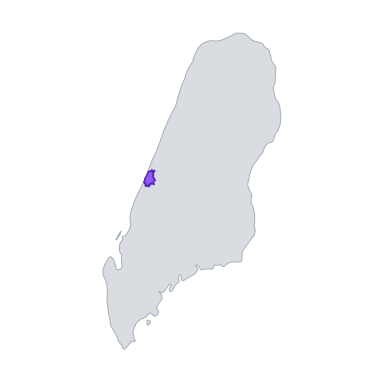 Vatomandry, Atsinanana, Madagascar (highlighted), rotated 185°
{"feature_id": "10022922B31178585124685", "entity_name": "Vatomandry", "entity_type": "district", "adm_level": 2, "iso_a3": "MDG", "parent_name": "Madagascar", "parent_adm1": "Atsinanana", "projection": "mercator", "projection_center": [48.762, -19.365], "detail": "fine", "context": "in_parent", "style": "filled", "palette": "violet", "viewbox_px": 384, "rotation_deg": 185, "n_neighbors": 0, "source": "geoboundaries", "source_scale": "gbopen_adm2", "svg_char_len": 6267}
<svg xmlns="http://www.w3.org/2000/svg" viewBox="0 0 384 384"><g transform="rotate(185 192 192)"><path d="M252.6,37.8L253.7,40.2L254.9,42.5L258.7,48.2L260.3,50.4L261.7,52.7L262.4,57.3L264.8,64.5L267.1,75.3L267.8,86.4L268.5,91.6L270.3,96.4L273.2,101.4L274.1,106.9L272.3,112.7L269.8,118.1L269.1,119.1L267.9,120.5L267.3,120.4L265.3,119.0L263.6,116.8L261.5,111.4L260.7,108.6L259.8,108.2L257.3,108.4L255.5,110.1L255.2,111.2L255.6,114.2L256.2,117.0L256.6,119.8L256.6,123.3L257.3,124.3L258.3,125.2L259.3,127.5L259.5,133.0L258.8,135.7L257.1,138.1L257.2,139.4L257.8,140.7L257.2,141.6L254.9,142.6L253.9,143.5L252.7,145.9L250.6,150.9L250.3,153.4L251.6,161.1L251.3,166.5L248.7,177.0L247.2,182.0L245.0,187.9L241.8,195.8L238.5,205.7L235.8,215.9L233.8,222.1L231.5,228.1L228.3,238.9L225.7,249.8L221.7,261.9L216.2,275.4L215.6,277.2L214.5,284.1L213.2,290.1L211.8,296.1L208.7,306.0L208.3,309.1L207.6,312.0L204.7,318.2L203.4,320.5L202.5,323.0L202.0,326.2L201.2,329.2L199.0,334.8L195.8,339.6L193.6,341.3L188.8,343.8L186.4,344.4L181.0,344.4L175.8,345.9L170.4,348.7L165.2,351.9L163.2,353.4L161.0,354.2L154.2,354.4L152.1,353.7L145.3,348.5L142.6,347.6L137.5,346.9L136.0,346.4L134.6,345.8L132.6,343.0L128.6,340.7L127.6,340.0L127.0,338.4L126.5,336.7L125.5,334.7L124.7,331.1L123.4,328.5L119.7,324.0L119.3,322.6L119.0,317.8L119.1,314.6L118.7,308.7L119.2,305.9L120.5,303.4L119.9,300.7L118.5,297.9L118.0,295.0L117.0,292.3L113.1,287.5L112.2,285.2L111.5,282.7L110.1,275.1L109.9,272.5L110.1,266.9L110.7,264.1L111.6,262.1L111.8,260.6L112.5,259.3L113.4,258.3L114.0,257.1L115.5,250.0L117.3,248.4L120.0,247.5L122.2,245.7L123.5,243.2L124.8,238.0L128.2,232.9L129.4,230.3L132.2,226.2L134.7,220.6L135.4,217.9L136.0,215.2L136.6,209.2L137.1,206.2L137.0,203.2L135.6,200.2L132.2,194.7L132.1,193.7L132.4,189.6L132.1,186.7L130.8,183.8L129.3,181.0L127.7,175.9L126.9,167.4L127.1,164.3L126.6,161.6L125.5,159.0L126.3,154.5L136.4,138.1L136.7,136.2L136.3,131.2L136.5,128.3L136.8,127.2L137.6,126.6L139.3,126.3L147.4,125.6L148.5,125.1L150.5,123.7L153.3,121.0L154.6,120.3L155.7,120.5L156.4,121.7L157.3,122.3L160.6,121.1L161.8,121.1L163.1,121.3L163.7,120.2L164.1,118.7L164.5,117.6L165.4,117.0L169.6,116.7L172.3,116.3L175.8,115.3L176.6,115.5L179.4,119.2L180.2,119.5L181.3,119.7L182.3,119.0L180.0,117.0L179.6,115.9L179.8,114.7L181.0,112.0L183.0,109.9L187.6,106.8L192.3,103.3L193.6,103.0L194.8,103.6L195.7,107.8L195.6,108.5L196.3,108.6L197.2,108.1L198.0,106.4L198.0,105.0L197.4,103.6L197.1,102.4L197.1,101.4L199.4,98.9L201.3,96.5L202.2,93.7L203.0,92.4L204.9,90.9L205.5,91.1L206.0,92.3L206.2,93.6L205.7,94.8L205.0,96.1L204.7,97.8L205.8,98.1L206.9,97.7L208.4,94.7L210.2,91.8L211.2,90.3L212.5,89.3L214.7,89.5L216.9,90.2L213.4,87.2L212.5,83.0L216.7,76.0L216.7,74.5L217.3,74.0L217.6,73.5L215.4,71.1L215.0,69.9L215.3,68.1L216.3,66.5L217.3,65.4L218.6,64.9L219.6,65.5L221.9,67.5L223.5,67.8L225.4,65.9L226.9,63.6L229.2,61.9L231.8,61.0L235.8,57.2L238.4,49.5L238.6,47.3L238.0,44.5L237.1,41.9L235.6,38.7L236.0,38.0L238.1,38.4L238.9,37.9L241.2,35.1L245.1,29.6L246.4,29.6L247.5,30.6L247.9,32.1L248.7,33.2L251.3,35.8L252.6,37.8ZM225.5,59.5L225.5,60.4L222.5,60.0L222.0,57.1L223.5,57.0L223.8,55.8L224.7,55.6L225.7,58.2L225.5,59.5ZM261.7,142.8L259.1,147.2L259.9,143.6L262.8,138.3L263.7,137.9L261.7,142.8Z" fill="#d9dde1" stroke="#a8b0b8" stroke-width="1"/><path d="M233.9,196.4L233.9,196.6L233.7,196.9L233.5,196.7L233.3,196.7L233.2,196.7L233.2,196.8L232.9,197.1L232.5,197.1L232.4,197.1L232.2,196.9L231.9,196.6L231.6,196.7L231.4,196.8L231.3,196.7L231.1,196.4L230.9,196.3L230.8,196.2L230.4,196.1L230.2,196.2L230.3,196.2L230.3,196.3L230.4,196.5L230.5,196.6L230.5,196.8L230.8,197.0L230.9,197.3L231.0,197.5L231.0,197.8L231.1,198.0L231.3,198.3L231.1,198.8L231.0,199.0L230.9,199.2L230.7,199.5L230.6,199.8L230.4,200.0L230.2,200.0L229.8,200.1L229.7,200.3L229.8,200.5L230.0,200.5L230.3,200.8L230.2,201.0L230.3,201.1L230.3,201.3L230.6,201.5L230.6,201.8L230.6,202.0L230.8,202.1L231.0,202.1L231.2,202.3L231.3,202.2L231.4,202.3L231.5,202.4L231.4,202.7L231.3,202.8L231.5,203.0L231.8,203.1L232.0,203.2L232.0,203.4L232.0,203.5L232.1,203.8L232.2,204.0L232.1,204.3L232.3,204.5L232.5,204.6L232.4,204.9L232.3,205.0L232.2,205.3L232.0,205.5L231.9,205.5L231.9,205.4L231.8,205.5L231.8,205.9L231.8,206.0L232.0,206.1L232.2,206.3L232.1,206.8L232.2,207.0L232.3,207.2L232.4,207.3L232.2,207.3L232.2,207.5L232.1,208.0L231.8,208.3L231.7,208.4L231.7,208.6L231.8,208.8L231.8,209.0L231.6,209.1L231.2,209.2L231.0,209.4L231.0,209.6L231.1,209.8L231.3,209.8L231.4,209.7L231.5,209.7L231.6,209.8L231.6,209.7L231.8,209.6L232.0,209.7L232.3,209.5L232.3,209.4L232.6,209.3L232.5,209.5L232.8,209.7L233.0,209.6L233.3,209.7L233.4,209.8L233.5,209.8L233.7,210.0L233.7,209.9L233.8,209.7L234.1,209.8L234.1,209.7L234.3,209.7L234.3,209.8L234.4,209.7L234.4,209.4L234.5,209.4L234.8,209.3L235.0,209.3L235.1,209.2L235.4,209.3L235.5,209.3L235.5,209.2L235.8,208.9L236.1,208.9L236.3,208.7L236.4,208.8L236.5,208.8L237.1,208.9L237.2,208.7L237.3,208.0L237.4,207.8L237.5,207.6L237.5,207.3L237.5,207.2L237.7,206.7L237.9,206.3L238.0,206.1L238.2,205.6L238.3,205.4L238.5,204.9L238.5,204.7L238.7,204.3L239.0,203.6L239.3,202.9L239.4,202.7L239.6,202.4L239.8,201.7L239.9,201.4L240.1,200.9L240.1,200.7L240.0,200.4L240.1,200.2L240.1,199.9L240.2,199.5L240.2,199.3L240.3,198.9L240.4,198.5L240.5,198.3L240.5,198.0L240.6,197.8L240.7,197.7L240.4,197.4L240.2,197.4L240.0,197.5L239.9,197.5L239.8,197.4L239.8,197.2L240.0,196.9L240.1,196.7L240.0,196.4L239.9,196.4L239.7,196.2L239.6,196.3L239.4,196.3L239.4,196.2L239.2,196.0L239.0,195.9L238.9,195.9L238.7,195.8L238.5,195.7L238.4,195.7L238.4,195.4L238.4,195.2L238.4,194.9L238.5,194.9L238.8,194.8L238.8,194.7L238.7,194.6L238.8,194.5L238.8,194.4L239.1,194.1L239.0,193.9L238.9,194.0L238.8,193.9L238.7,193.9L238.5,194.0L238.4,194.0L238.2,194.0L238.0,194.3L238.0,194.5L237.9,194.5L237.7,194.5L237.4,194.6L237.2,194.4L237.2,194.5L236.9,194.6L236.9,194.4L236.8,194.2L236.7,194.1L236.6,193.9L236.4,193.8L236.2,193.7L235.9,193.7L235.6,193.6L235.5,193.8L235.4,193.9L235.4,194.0L235.2,194.3L235.1,194.5L235.3,194.6L235.3,194.8L235.2,194.9L235.0,195.0L234.9,195.0L235.0,195.1L235.2,195.3L235.3,195.5L235.2,195.6L235.3,195.6L235.2,195.7L235.2,195.8L235.1,196.0L234.9,196.1L234.6,196.1L234.5,196.3L234.3,196.5L234.2,196.5L233.9,196.4Z" fill="#8b5cf6" stroke="#5b21b6" stroke-width="1.5"/></g></svg>